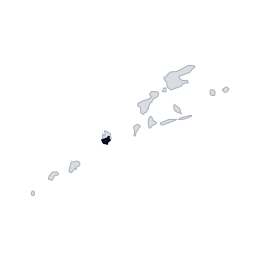 Eton, Shefa, Vanuatu (highlighted), rotated 81°
{"feature_id": "77236927B17135940935596", "entity_name": "Eton", "entity_type": "district", "adm_level": 2, "iso_a3": "VUT", "parent_name": "Vanuatu", "parent_adm1": "Shefa", "projection": "orthographic", "projection_center": [168.474, -17.706], "detail": "fine", "context": "in_parent", "style": "filled", "palette": "ink", "viewbox_px": 256, "rotation_deg": 81, "n_neighbors": 0, "source": "geoboundaries", "source_scale": "gbopen_adm2", "svg_char_len": 4112}
<svg xmlns="http://www.w3.org/2000/svg" viewBox="0 0 256 256"><g transform="rotate(81 128 128)"><path d="M82.8,58.5L84.9,69.2L87.2,69.2L88.4,68.6L89.8,66.1L90.4,62.1L91.6,61.5L93.1,61.9L92.5,63.2L92.9,66.4L94.1,68.1L94.9,68.4L96.5,76.6L97.1,78.3L97.1,79.7L93.8,82.8L88.9,82.8L85.5,84.6L83.4,84.5L83.4,82.5L81.5,80.8L79.3,77.3L79.8,71.0L75.9,59.3L75.9,56.4L77.1,52.6L78.4,52.4L80.1,55.6L82.8,58.5ZM103.8,99.4L105.3,100.1L106.1,100.1L106.5,101.7L111.0,104.8L112.2,104.7L113.3,106.4L115.2,107.3L115.7,109.1L117.1,110.8L114.7,113.0L110.1,112.5L107.5,114.9L105.1,114.3L104.6,113.0L105.0,112.6L103.5,109.3L102.9,104.3L101.9,101.3L100.8,100.1L98.7,101.2L97.8,101.4L95.7,99.0L96.7,94.1L97.2,92.7L98.9,92.4L101.4,93.7L103.8,99.4ZM163.2,191.5L161.8,193.1L160.6,192.9L152.6,189.3L152.9,187.8L152.6,184.0L153.5,181.9L155.7,181.1L157.4,181.5L158.5,184.6L160.9,185.8L159.2,186.8L162.1,189.2L163.2,191.5ZM136.0,146.2L139.1,150.8L140.3,151.2L138.4,154.5L134.6,154.8L130.0,153.9L131.7,152.8L130.8,151.5L129.5,151.3L127.9,151.9L127.1,151.7L128.1,149.5L130.7,146.5L131.4,146.3L132.1,146.3L132.8,146.5L136.0,146.2ZM131.4,107.1L127.8,107.5L122.8,106.5L120.8,105.1L119.9,103.7L121.7,102.6L124.1,102.1L127.2,98.9L128.3,100.1L129.5,103.7L130.7,104.8L131.4,105.9L131.4,107.1ZM167.9,211.0L166.3,214.5L163.5,213.7L160.9,211.1L159.6,208.9L160.5,204.6L161.9,203.9L163.3,204.1L163.9,208.3L167.9,211.0ZM128.8,95.3L128.2,95.3L127.7,93.8L125.9,85.9L127.1,78.8L127.8,80.3L130.5,92.8L130.1,94.8L128.8,95.3ZM136.0,121.5L137.0,121.9L136.5,123.3L132.2,121.8L128.8,122.4L127.8,122.3L126.8,121.1L126.0,118.6L126.4,116.9L127.8,115.7L128.4,115.5L129.4,117.0L130.4,118.0L131.4,118.4L133.5,120.8L136.0,121.5ZM119.3,78.0L117.2,79.5L113.4,79.4L111.9,78.5L116.6,74.0L122.2,73.1L119.3,78.0ZM109.0,40.0L107.7,41.7L104.1,41.1L103.3,40.7L103.5,38.0L104.4,37.1L106.5,36.2L109.4,37.5L109.0,40.0ZM105.9,28.6L105.4,28.9L104.7,28.7L102.8,24.8L103.3,23.5L105.6,22.2L107.7,24.4L107.9,25.6L107.9,26.6L107.6,27.5L106.2,27.9L105.9,28.6ZM128.0,74.5L127.4,76.5L126.2,74.2L125.3,64.4L125.6,63.5L126.3,63.4L127.9,70.2L128.0,74.5ZM180.1,232.0L179.0,233.8L177.4,233.8L175.3,232.5L175.7,230.9L178.1,230.6L178.8,230.7L180.1,232.0ZM97.7,87.4L97.2,88.3L93.9,86.2L94.6,84.2L98.2,84.9L97.7,87.4Z" fill="#d9dde1" stroke="#a8b0b8" stroke-width="1"/><path d="M135.0,152.0L135.3,152.2L135.4,152.3L135.4,152.5L135.4,152.8L135.4,153.1L135.4,153.3L135.5,153.3L135.5,153.5L135.5,153.8L135.7,154.0L135.8,154.0L135.8,154.4L135.9,154.7L135.7,154.8L135.7,155.1L135.7,155.3L135.9,155.2L136.0,155.0L136.1,154.9L136.3,154.7L136.3,154.4L136.2,154.4L136.3,154.4L136.3,154.5L136.3,154.8L136.3,155.0L136.5,155.0L136.6,154.9L136.8,154.8L136.8,155.0L136.9,154.9L137.0,155.0L137.3,155.1L137.5,155.1L137.8,154.9L137.7,154.8L137.8,154.7L138.0,154.8L138.2,154.7L138.2,154.8L138.3,154.7L138.5,154.7L138.8,154.6L139.0,154.5L139.1,154.4L139.3,154.3L139.4,154.2L139.5,154.1L139.5,153.9L139.5,153.7L139.5,153.4L139.6,153.2L139.7,152.9L139.7,152.7L139.8,152.4L140.0,152.2L140.1,151.9L140.3,151.7L140.5,151.3L140.6,151.1L140.6,150.9L140.3,150.8L140.2,150.8L139.8,150.8L139.7,150.8L139.5,150.7L139.3,150.7L139.2,150.7L139.2,150.8L139.0,150.7L139.1,150.4L139.0,150.2L138.9,150.1L138.7,149.9L138.5,149.7L138.4,149.7L138.2,149.4L138.1,149.5L137.9,149.3L137.9,149.2L137.8,148.9L137.7,148.9L137.8,148.8L137.8,148.7L137.8,148.4L137.7,148.3L137.7,148.2L137.6,147.9L137.4,147.8L137.4,148.0L137.2,148.1L136.7,148.1L136.4,148.2L136.2,148.2L136.1,148.3L135.9,148.4L135.7,148.5L135.4,148.6L135.2,148.6L135.3,148.6L135.2,148.6L134.9,148.6L134.7,148.5L134.7,148.4L134.4,148.2L134.2,148.2L133.9,148.2L133.7,148.1L133.6,148.3L133.5,148.5L133.5,148.8L133.8,148.9L134.0,149.0L134.1,149.3L134.3,149.3L134.5,149.4L134.5,149.5L134.5,149.4L134.6,149.5L134.8,149.6L135.0,149.7L134.9,149.7L134.9,149.8L135.0,149.8L135.1,149.7L135.1,149.8L135.3,149.7L135.5,149.7L135.6,149.8L135.5,150.0L135.4,150.0L135.3,150.3L135.4,150.5L135.2,150.5L135.2,150.4L135.1,150.5L134.9,150.6L135.0,150.6L135.0,150.9L135.1,151.0L135.3,151.1L135.3,151.3L135.2,151.3L135.2,151.5L135.1,151.8L135.0,152.0Z" fill="#0f172a" stroke="#020617" stroke-width="1.5"/></g></svg>